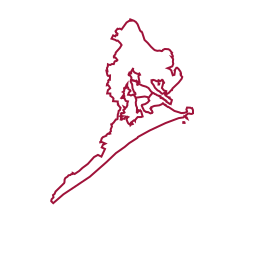 outline of Tauranga City, Bay of Plenty, New Zealand, rotated 115°
{"feature_id": "76426892B41625514987736", "entity_name": "Tauranga City", "entity_type": "district", "adm_level": 2, "iso_a3": "NZL", "parent_name": "New Zealand", "parent_adm1": "Bay of Plenty", "projection": "natural_earth1", "projection_center": [176.198, -37.698], "detail": "fine", "context": "isolated", "style": "outline", "palette": "rose", "viewbox_px": 256, "rotation_deg": 115, "n_neighbors": 0, "source": "geoboundaries", "source_scale": "gbopen_adm2", "svg_char_len": 5801}
<svg xmlns="http://www.w3.org/2000/svg" viewBox="0 0 256 256"><g transform="rotate(115 128 128)"><path d="M227.7,164.0L215.4,158.5L188.3,142.0L168.0,133.1L155.8,128.3L146.6,123.0L141.2,120.5L133.0,115.3L131.9,115.2L121.1,107.3L107.6,96.0L97.6,86.2L95.0,82.3L89.7,79.8L88.9,78.5L88.9,77.7L88.3,76.1L87.2,75.3L84.3,76.7L83.0,78.2L83.3,78.4L83.2,79.9L84.5,83.1L86.6,82.9L87.9,81.5L88.7,81.6L90.3,83.1L91.9,85.9L92.0,86.3L91.6,86.3L92.0,86.5L92.0,86.8L91.6,86.8L92.0,86.9L92.9,93.1L91.8,100.4L92.1,100.7L91.6,103.8L91.2,103.8L91.2,104.4L91.5,104.7L90.8,106.8L92.3,107.5L94.3,109.3L96.9,113.5L99.4,115.8L100.9,115.9L101.0,115.6L100.0,115.6L99.4,115.1L100.3,115.3L101.7,114.8L102.3,113.5L103.4,112.4L104.2,112.5L105.3,113.9L105.1,116.7L105.6,117.3L105.5,117.9L105.9,118.5L105.6,119.5L105.6,120.6L102.0,125.0L101.1,125.0L99.1,122.6L96.7,121.0L94.7,120.4L93.9,120.9L94.7,119.5L93.3,121.5L92.4,122.1L90.3,121.7L92.1,122.4L91.8,123.6L92.4,126.2L96.8,133.0L97.0,133.9L96.7,134.6L99.1,132.3L101.5,131.8L104.1,130.3L105.8,128.4L110.1,126.6L110.1,126.0L109.2,125.9L108.1,125.2L107.8,125.2L108.5,125.7L107.4,125.8L107.2,123.3L111.4,119.6L112.6,120.8L114.0,123.9L117.7,124.9L118.6,124.6L118.2,125.3L118.6,125.9L122.0,127.7L122.8,127.6L123.6,126.9L122.2,125.7L122.4,125.4L123.7,126.8L124.4,127.0L124.0,127.3L123.9,129.1L123.4,130.2L120.9,133.0L118.7,132.9L118.0,132.5L118.0,133.4L118.9,134.9L121.3,135.3L121.6,136.7L123.2,137.2L123.4,138.1L121.9,138.2L121.8,138.7L120.9,139.1L120.6,139.9L120.4,139.7L120.2,139.4L120.4,139.6L120.3,138.6L119.6,138.0L119.9,138.9L119.3,139.8L118.1,139.8L118.0,140.4L117.7,140.4L117.2,140.3L116.4,138.2L115.4,137.7L113.8,139.8L112.1,138.9L110.6,140.6L110.8,138.7L109.7,138.2L107.6,138.2L106.1,139.0L103.9,139.3L104.4,141.0L104.3,141.7L102.6,143.6L103.0,145.4L102.6,146.5L101.5,146.3L102.1,145.6L102.6,145.9L102.5,145.6L102.8,145.6L102.3,145.1L102.4,144.8L102.7,145.0L102.6,144.8L101.1,144.6L100.5,144.9L99.8,145.8L98.5,146.2L97.4,147.2L97.4,147.8L96.2,147.1L94.8,147.6L93.6,148.4L93.1,148.2L93.3,147.5L93.1,147.0L92.3,146.6L91.3,147.4L89.6,147.6L88.2,147.3L90.8,146.4L91.4,144.9L92.6,144.1L92.8,142.0L93.3,141.4L95.5,142.2L97.8,142.0L97.3,140.7L97.3,139.1L95.4,137.3L96.6,134.6L95.4,136.9L94.2,135.6L93.4,136.0L93.0,136.6L92.8,137.7L90.1,140.7L86.7,142.7L84.8,145.3L83.5,145.6L82.4,141.0L82.7,139.2L83.3,138.0L83.5,133.0L82.9,129.1L83.1,126.3L85.2,122.5L85.7,120.3L86.6,120.9L90.2,121.8L86.3,120.7L85.5,119.5L85.9,118.3L85.7,117.2L86.0,115.5L85.6,112.4L86.0,112.5L86.0,112.2L85.7,112.2L86.3,110.8L86.9,111.0L87.0,110.9L87.0,110.5L86.9,111.0L86.3,110.8L86.3,109.0L86.4,108.7L86.7,109.0L86.7,108.5L86.8,107.7L86.9,107.9L87.5,104.4L87.9,104.3L88.5,100.4L88.1,100.1L88.2,99.4L84.1,100.0L83.6,103.2L82.8,103.2L83.1,104.8L82.6,107.9L81.8,108.7L80.9,107.2L78.8,105.8L74.8,104.6L74.8,104.2L73.4,104.4L65.5,101.3L60.8,100.2L58.8,100.4L57.9,102.5L57.0,103.1L56.8,102.7L56.1,103.0L54.7,104.4L53.1,107.2L52.6,108.9L53.0,109.6L56.1,110.1L56.3,109.6L60.2,108.4L61.3,109.7L57.5,113.1L56.9,115.1L57.1,117.4L53.4,113.9L50.7,114.1L49.1,115.3L46.5,116.2L45.4,118.1L45.4,117.3L43.9,117.7L41.9,120.2L41.2,119.9L39.7,123.1L39.5,124.6L40.8,128.0L42.4,129.3L43.6,129.5L44.1,130.0L44.4,131.9L45.7,134.1L46.1,136.5L45.9,137.7L44.6,141.6L42.5,146.2L41.2,150.2L35.6,155.4L34.9,156.4L35.1,157.1L34.5,158.3L29.9,163.2L28.6,165.7L28.3,168.0L28.6,171.9L29.3,171.8L29.5,170.6L30.5,172.3L33.0,173.9L41.4,175.5L41.4,177.4L42.7,179.1L42.6,179.5L45.5,180.2L45.8,179.6L46.5,179.3L46.9,177.4L48.4,177.0L48.7,177.2L49.0,178.2L50.3,178.3L50.3,180.6L54.0,180.7L53.5,176.6L53.8,175.3L53.1,174.2L54.4,170.7L55.5,168.9L58.8,169.2L64.8,171.0L66.2,170.6L68.6,171.1L68.7,170.7L69.7,170.8L70.0,170.5L69.7,170.0L69.7,168.6L70.9,166.3L71.5,166.4L72.2,166.8L72.8,167.9L73.7,168.2L76.1,167.9L76.9,169.7L78.3,170.6L78.8,172.2L78.8,173.1L80.8,172.3L82.6,172.4L85.1,170.7L85.3,171.7L88.8,169.0L89.2,168.0L88.0,166.5L92.0,164.8L92.4,165.7L93.4,166.0L94.6,165.2L96.9,165.6L98.2,165.2L97.5,164.3L98.3,162.5L99.5,161.0L102.2,162.2L105.5,161.5L104.2,158.6L106.3,157.6L106.8,154.8L107.4,153.6L110.0,152.9L108.3,148.5L109.8,147.8L110.5,146.9L111.2,147.0L112.8,143.3L115.3,142.9L116.3,143.7L118.9,143.0L119.9,143.0L124.3,141.3L125.1,141.9L125.4,142.6L129.2,143.3L130.6,144.0L131.2,143.9L131.8,144.7L133.4,143.2L136.6,143.1L138.1,142.1L140.0,142.7L140.6,141.8L141.4,142.7L141.4,143.5L141.9,144.0L143.7,144.6L144.2,144.4L146.9,146.9L148.6,147.4L151.8,146.9L152.3,147.3L152.7,147.1L151.8,146.0L151.7,141.9L153.9,143.6L156.7,143.6L156.7,140.0L165.2,140.0L165.1,143.9L168.7,146.5L177.5,149.2L183.6,152.5L187.6,154.1L192.2,156.9L192.1,159.2L193.2,158.8L193.8,159.9L195.0,160.4L196.0,161.9L197.7,162.3L199.7,163.6L201.4,163.7L203.9,162.7L205.0,162.6L216.2,166.8L218.8,166.7L220.5,167.6L222.4,166.2L224.8,167.1L226.4,166.8L226.8,166.6L227.7,164.0ZM76.8,125.8L74.8,126.9L74.3,126.2L74.6,125.9L73.9,125.7L73.6,125.0L73.4,122.9L73.6,122.3L73.3,121.2L72.9,120.6L71.8,120.6L71.8,120.0L72.2,119.9L71.9,118.5L69.9,117.5L69.9,116.9L71.4,114.9L71.7,115.4L72.3,114.7L72.6,115.0L77.4,114.2L78.8,111.2L78.4,108.9L79.4,108.6L82.4,111.2L82.5,112.1L81.5,114.8L81.4,117.1L80.1,120.6L78.3,122.9L76.8,125.8ZM80.7,146.3L79.1,149.2L79.7,149.5L79.7,149.9L79.9,150.0L80.0,150.2L80.1,150.4L79.6,150.0L79.6,149.7L79.2,150.1L77.1,150.1L77.1,149.3L77.5,148.6L77.2,148.2L75.5,149.0L71.3,148.5L72.8,148.4L74.4,146.9L75.0,145.0L74.9,142.2L74.4,141.2L73.8,140.8L74.7,139.6L75.5,140.3L76.6,140.5L81.4,137.1L82.1,139.2L81.5,140.4L82.2,141.0L82.8,145.4L80.7,146.3ZM80.9,109.6L79.9,108.4L80.7,108.0L81.8,108.7L80.9,109.6ZM75.4,118.2L74.4,118.4L74.4,119.2L75.7,118.7L75.4,118.2ZM93.6,80.6L94.4,79.3L94.5,78.3L93.6,79.3L93.6,80.6ZM100.0,80.1L99.5,78.9L99.0,79.2L98.9,79.7L99.3,80.4L100.0,80.1ZM84.5,138.2L85.5,137.1L84.1,137.8L84.5,138.2Z" fill="none" stroke="#9f1239" stroke-width="2"/></g></svg>